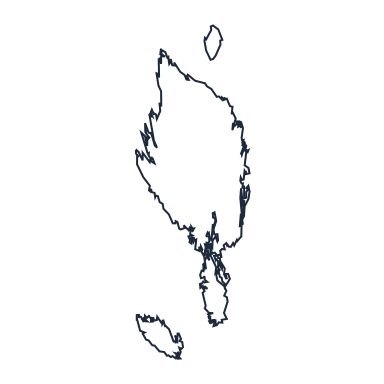 the district of Vega nor, Nordland, Norway, rotated 92°
{"feature_id": "86288312B81726238902221", "entity_name": "Vega nor", "entity_type": "district", "adm_level": 2, "iso_a3": "NOR", "parent_name": "Norway", "parent_adm1": "Nordland", "projection": "robinson", "projection_center": [11.939, 65.651], "detail": "fine", "context": "isolated", "style": "outline", "palette": "slate", "viewbox_px": 384, "rotation_deg": 92, "n_neighbors": 0, "source": "geoboundaries", "source_scale": "gbopen_adm2", "svg_char_len": 6109}
<svg xmlns="http://www.w3.org/2000/svg" viewBox="0 0 384 384"><g transform="rotate(92 192 192)"><path d="M189.6,134.5L183.8,135.9L186.2,137.8L187.3,136.2L190.2,137.8L195.8,137.6L196.5,139.7L184.7,140.1L184.2,141.2L186.9,141.8L181.6,141.4L181.7,142.8L179.2,144.1L175.7,143.8L178.2,142.5L177.7,140.8L169.1,140.2L170.3,139.5L169.0,138.9L172.3,138.9L171.3,135.2L166.0,136.4L163.5,140.3L150.6,139.2L150.5,137.9L148.1,137.1L148.9,138.5L147.5,139.6L150.1,139.9L147.9,140.3L147.9,141.9L153.2,143.5L151.9,143.9L152.7,144.6L143.8,141.6L147.0,140.5L145.6,140.7L145.3,139.6L143.2,139.3L144.0,139.8L141.3,140.9L144.0,142.5L143.2,144.0L143.3,142.5L141.5,143.2L141.6,142.0L139.4,142.2L140.6,143.4L138.1,142.4L138.4,143.8L136.2,144.3L126.3,143.3L120.5,145.4L120.0,146.6L121.3,146.8L126.2,145.1L124.1,146.4L125.1,148.1L119.9,147.7L119.9,150.0L123.2,148.1L122.3,149.6L123.6,149.6L122.7,149.9L124.3,151.5L123.6,152.2L128.8,153.8L122.6,153.5L123.0,152.4L117.0,150.9L110.6,154.4L113.0,155.1L105.4,154.5L104.8,157.1L97.5,160.5L98.6,162.9L96.5,162.1L97.7,163.5L96.4,163.7L97.7,164.0L96.5,165.3L98.4,165.4L95.6,168.3L96.0,170.6L88.4,176.2L85.9,180.7L82.9,182.7L80.7,192.8L74.9,200.3L76.3,201.2L80.0,199.2L79.8,201.5L75.3,203.5L72.3,208.0L63.3,214.3L66.2,213.9L66.0,216.2L59.8,217.9L63.6,218.3L64.9,219.2L57.8,220.4L58.6,221.3L53.2,223.5L51.2,227.3L52.0,227.6L49.8,228.0L56.3,228.6L53.8,227.4L55.5,227.0L57.6,223.7L57.2,227.5L65.0,227.4L59.7,228.9L60.5,229.9L78.7,228.9L75.2,230.0L74.6,231.6L86.9,229.2L92.4,226.4L107.6,225.7L104.9,226.8L104.8,227.5L112.3,226.6L120.2,229.7L115.8,230.7L114.8,232.5L116.3,232.6L111.1,235.0L114.0,236.0L117.9,234.3L117.1,235.4L117.9,235.8L114.9,236.2L116.1,237.3L142.1,231.8L148.9,228.5L146.9,230.8L137.6,233.8L134.4,235.3L134.3,237.4L124.8,241.3L134.4,240.7L131.8,240.3L135.3,239.9L139.1,236.5L140.1,237.3L137.6,238.6L147.6,238.4L137.8,240.9L134.5,244.7L155.0,237.7L154.4,236.5L157.2,236.6L160.9,233.9L159.3,233.2L160.2,232.3L164.7,230.5L162.1,235.1L163.6,235.3L154.5,242.7L162.1,242.4L153.8,246.8L152.3,248.6L153.8,248.7L151.8,249.5L155.7,249.2L158.6,246.4L158.0,248.1L166.2,247.9L178.9,241.2L187.3,234.3L191.8,235.1L192.5,234.2L190.7,234.4L191.1,232.8L193.5,232.4L194.2,229.4L198.6,228.6L196.9,227.9L197.3,226.0L203.3,223.9L204.9,220.9L209.8,219.9L215.2,214.3L224.0,210.1L223.9,207.4L221.7,207.3L222.5,205.5L229.0,203.6L229.8,202.0L228.2,198.0L225.5,199.1L230.3,194.1L227.7,193.0L229.8,191.2L226.6,191.5L228.6,190.0L228.3,188.7L230.9,190.0L230.6,192.2L234.3,192.3L235.3,190.2L236.5,194.0L239.0,192.8L237.7,190.9L240.4,190.7L239.6,191.9L242.1,192.8L243.6,190.7L236.7,189.5L241.4,188.6L239.6,187.9L240.4,187.7L239.4,186.1L249.1,186.8L250.6,182.7L246.3,182.8L250.6,181.4L246.1,181.2L249.2,179.6L251.3,180.5L255.6,177.8L247.6,176.5L250.8,175.1L250.7,176.6L254.7,177.0L252.4,176.2L254.4,175.6L254.2,173.7L248.8,174.2L252.8,173.2L253.8,172.0L253.0,170.8L247.0,172.1L247.6,174.8L245.8,173.3L247.0,172.8L244.0,172.5L243.7,174.5L247.7,176.1L243.9,177.2L244.5,175.6L242.1,175.7L242.4,174.1L241.0,172.9L235.8,173.5L235.8,175.6L235.2,176.1L232.1,175.0L232.9,174.5L232.1,173.7L237.9,172.5L239.5,170.8L224.3,170.1L224.5,168.9L220.5,167.7L217.4,168.1L216.8,170.1L212.4,170.5L211.5,168.8L220.1,166.8L228.4,169.2L233.6,168.3L233.3,165.1L239.3,164.3L240.7,164.9L235.7,166.9L239.8,169.7L246.4,169.8L242.6,172.0L253.9,169.8L252.5,169.7L251.8,167.1L254.4,164.9L253.6,162.1L256.7,160.1L249.8,161.8L248.0,160.2L248.2,157.3L244.1,158.5L241.9,155.9L244.3,155.0L243.6,154.5L245.3,153.3L245.5,151.3L241.6,149.2L244.0,148.0L238.3,145.5L239.4,145.0L234.7,141.2L223.7,141.3L224.4,143.0L211.9,142.4L213.2,142.2L212.4,141.5L196.2,143.5L186.6,143.1L202.0,140.8L198.4,139.4L223.2,141.5L222.1,140.1L218.1,140.9L214.3,139.2L204.4,138.9L196.9,135.3L189.6,134.5ZM300.3,152.6L296.0,153.4L294.5,156.2L289.6,154.2L284.6,156.9L279.6,163.5L272.8,165.2L272.7,163.9L269.2,163.5L272.0,165.7L266.3,165.2L254.4,171.4L255.9,173.4L259.7,172.2L255.7,175.2L258.6,176.2L257.8,177.3L265.8,175.8L263.5,177.9L264.4,178.4L267.7,176.1L269.5,177.3L267.3,176.6L267.0,178.0L270.7,177.8L270.2,179.6L274.6,181.0L277.8,180.1L276.9,176.9L275.5,176.7L279.4,176.1L281.3,173.5L282.0,176.7L281.1,177.7L284.5,179.9L282.8,180.9L287.6,180.3L285.6,178.0L286.9,177.7L286.1,175.7L287.6,173.8L288.7,174.1L287.9,174.1L287.8,177.8L290.6,176.0L292.5,177.9L305.2,174.3L307.9,175.2L312.3,170.7L312.3,166.6L313.7,171.6L315.7,169.7L316.2,171.1L317.7,170.6L317.4,169.4L319.5,169.4L320.2,167.5L320.5,170.3L322.1,169.5L320.9,167.5L319.4,167.5L319.2,165.9L321.5,167.0L320.5,165.2L321.3,165.2L318.6,164.1L322.5,163.8L322.6,165.2L325.3,165.8L324.1,162.4L321.4,160.8L321.5,157.1L318.7,157.8L317.6,152.8L311.8,155.8L300.3,152.6ZM347.4,195.6L342.3,196.5L341.2,199.2L339.3,197.9L333.9,200.3L334.0,201.5L338.8,201.6L336.0,204.2L341.4,201.5L342.3,201.5L341.1,202.9L343.7,202.9L341.6,203.8L342.1,205.2L330.0,210.1L326.5,213.9L327.8,214.1L322.3,215.8L325.0,217.1L322.4,217.4L323.4,218.3L317.9,222.4L321.2,222.7L321.8,225.5L319.3,226.2L319.2,227.6L322.8,226.6L323.0,228.5L319.5,228.5L318.0,231.1L316.6,230.2L319.4,232.7L317.4,234.6L320.9,234.4L322.9,232.1L322.7,235.1L319.3,235.4L321.1,237.0L321.5,235.9L323.6,235.8L318.7,238.5L318.1,240.1L319.7,240.7L316.7,240.8L316.9,242.9L322.5,242.7L321.6,242.3L332.5,239.0L334.1,234.4L334.9,236.0L334.0,236.0L335.3,236.3L341.1,232.8L341.9,230.1L346.6,226.3L346.8,224.0L352.4,219.0L352.9,214.2L356.5,211.3L356.0,209.9L357.7,207.4L356.7,205.8L358.8,202.5L356.6,201.9L359.1,200.4L358.8,197.9L353.7,203.1L354.3,200.3L352.1,200.4L355.5,198.9L352.3,197.7L348.1,199.3L349.2,197.2L347.4,195.6ZM38.9,167.0L28.7,171.4L24.9,176.8L25.9,179.0L29.3,178.4L38.9,183.1L37.5,184.4L40.7,184.8L50.1,182.8L59.2,178.1L58.3,175.5L54.8,173.1L43.8,168.7L39.7,169.1L38.9,167.0ZM285.8,155.9L277.6,151.1L272.6,153.0L272.8,155.6L277.0,154.3L277.1,155.0L272.9,157.2L267.3,156.6L261.1,160.7L262.9,161.1L257.3,161.7L257.0,163.6L254.9,164.3L255.0,167.7L259.0,166.0L258.1,165.8L261.3,162.3L265.8,159.4L267.9,159.4L261.4,163.4L266.8,163.3L269.0,161.6L271.8,163.4L271.7,162.3L275.9,161.1L276.6,159.4L280.4,158.5L282.4,156.2L285.8,155.9Z" fill="none" stroke="#1e293b" stroke-width="2"/></g></svg>